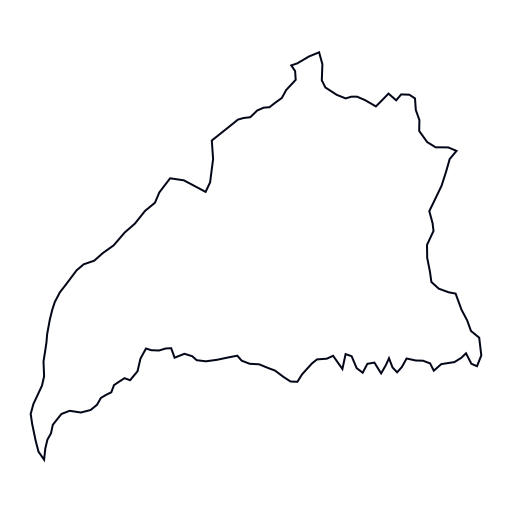 Nova América, Goiás, Brazil
{"feature_id": "56859067B62572535980819", "entity_name": "Nova América", "entity_type": "district", "adm_level": 2, "iso_a3": "BRA", "parent_name": "Brazil", "parent_adm1": "Goiás", "projection": "equal_earth", "projection_center": [-49.939, -15.045], "detail": "fine", "context": "isolated", "style": "outline", "palette": "ink", "viewbox_px": 512, "rotation_deg": 0, "n_neighbors": 0, "source": "geoboundaries", "source_scale": "gbopen_adm2", "svg_char_len": 2021}
<svg xmlns="http://www.w3.org/2000/svg" viewBox="0 0 512 512"><path d="M44.1,459.7L45.3,448.5L47.4,439.7L51.0,433.3L52.8,424.8L57.0,419.5L61.4,414.0L69.6,410.8L80.9,412.5L90.6,410.0L97.0,404.8L100.9,397.9L106.2,394.8L111.3,392.3L114.0,385.1L119.4,381.5L124.5,378.2L130.1,380.2L137.5,371.3L140.5,358.5L146.0,348.5L151.3,350.2L159.0,350.5L165.7,348.5L171.2,348.2L174.6,357.7L184.4,353.8L192.2,356.2L196.7,360.2L205.9,361.3L217.0,359.8L228.4,357.4L237.3,355.7L241.7,360.7L249.8,363.8L259.1,364.3L268.6,368.2L274.9,370.5L283.6,377.0L290.5,381.5L297.4,381.8L302.1,374.3L306.9,369.0L311.9,363.5L317.0,359.4L326.8,358.7L333.1,355.8L342.4,369.0L345.6,354.1L351.6,356.2L356.7,368.2L362.7,372.7L367.4,363.8L374.4,362.6L381.1,373.4L386.0,364.9L389.0,358.2L392.5,367.4L397.1,372.3L401.8,367.1L406.6,358.5L415.8,360.5L423.0,360.7L430.1,363.4L433.8,370.7L441.3,364.1L454.4,362.1L461.2,357.9L466.0,353.3L471.4,363.8L477.0,366.2L481.3,355.4L479.2,337.7L471.0,331.0L467.2,320.5L461.5,309.7L455.6,293.6L448.7,292.3L438.8,288.7L431.4,282.0L429.9,271.4L427.2,257.9L427.0,244.9L433.5,231.0L432.6,223.3L429.3,211.1L433.8,201.9L441.5,185.9L445.9,172.3L449.7,159.0L456.5,150.9L448.2,147.4L435.6,147.3L427.2,142.1L419.2,131.0L419.4,120.0L415.8,110.0L415.0,98.4L409.3,94.7L401.2,94.4L396.2,100.3L388.5,93.6L381.8,100.5L375.9,106.4L364.8,100.0L357.1,96.7L351.4,96.7L345.6,98.4L336.7,94.8L325.4,87.5L321.8,80.3L322.4,64.3L319.1,52.3L308.9,56.5L297.2,63.4L291.3,65.4L295.1,71.1L295.7,79.8L286.2,90.0L281.8,98.0L274.7,103.1L269.5,107.2L263.6,107.7L257.2,110.5L250.3,117.2L243.6,118.0L237.9,119.6L232.0,124.4L211.8,140.5L213.1,159.0L210.1,182.3L205.6,191.9L183.8,180.3L170.1,178.3L159.4,192.3L154.9,202.8L145.1,210.8L134.9,223.6L124.7,232.5L120.5,237.4L113.6,245.4L102.9,253.0L94.2,260.7L83.7,264.3L76.6,270.3L65.8,284.7L59.9,292.3L54.8,302.0L52.2,310.0L49.8,319.7L47.1,334.4L46.5,342.1L45.0,352.1L43.5,361.5L44.1,376.3L42.0,385.6L33.4,404.0L30.7,413.9L32.1,423.6L35.7,440.9L38.5,451.7L44.1,459.7Z" fill="none" stroke="#020617" stroke-width="2"/></svg>